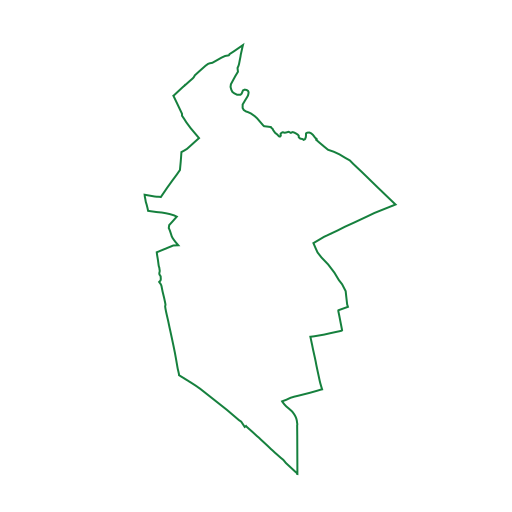 Dornesti, Suceava, Romania (Mercator projection), rotated 194°
{"feature_id": "2599482B65590123395964", "entity_name": "Dornesti", "entity_type": "district", "adm_level": 2, "iso_a3": "ROU", "parent_name": "Romania", "parent_adm1": "Suceava", "projection": "mercator", "projection_center": [26.008, 47.885], "detail": "fine", "context": "isolated", "style": "outline", "palette": "green", "viewbox_px": 512, "rotation_deg": 194, "n_neighbors": 0, "source": "geoboundaries", "source_scale": "gbopen_adm2", "svg_char_len": 4511}
<svg xmlns="http://www.w3.org/2000/svg" viewBox="0 0 512 512"><g transform="rotate(194 256 256)"><path d="M374.9,391.5L368.6,383.9L362.2,376.1L361.7,374.2L358.8,371.6L356.0,368.9L350.3,364.2L339.8,356.6L341.6,354.0L347.2,345.7L348.9,343.2L351.4,340.7L353.5,338.8L352.6,333.7L351.8,328.9L350.6,321.0L351.6,318.4L352.5,316.0L355.5,308.8L358.8,300.5L362.6,290.2L363.8,290.1L364.9,289.9L366.6,289.5L368.8,289.2L373.2,288.9L378.9,288.5L378.2,286.6L377.1,284.3L376.0,281.8L374.6,279.5L373.0,276.5L371.8,274.1L371.6,273.7L363.0,274.6L357.8,275.4L353.5,275.7L349.9,275.8L345.4,275.6L342.4,275.0L345.2,269.6L347.7,265.0L347.4,262.0L346.9,261.4L345.7,259.8L344.5,257.9L343.0,255.5L342.6,254.8L341.3,253.3L339.6,251.8L337.5,250.1L334.7,248.1L334.0,247.6L338.8,246.2L353.2,235.6L352.9,234.8L352.1,232.8L351.4,231.2L350.1,228.2L349.2,225.9L348.5,224.1L347.9,222.7L347.3,221.7L346.9,221.1L346.6,220.2L345.9,218.6L345.7,217.5L345.7,216.2L345.5,215.3L345.1,214.6L344.4,214.0L343.6,213.2L343.2,211.9L342.8,210.6L342.7,209.7L342.8,209.0L343.7,207.4L342.9,206.7L341.7,205.7L340.8,204.6L340.3,203.7L339.7,202.4L338.1,199.0L334.9,192.9L332.9,188.8L332.1,187.0L332.0,186.3L332.0,185.4L331.9,184.9L331.1,183.0L329.8,180.2L328.4,177.4L325.5,171.7L322.6,165.7L321.0,162.5L318.1,156.6L314.2,148.6L311.2,142.3L308.9,137.2L306.6,132.0L305.6,129.7L304.6,127.5L303.3,125.0L302.2,122.8L301.8,121.7L287.5,117.1L283.1,115.6L277.7,113.5L262.6,106.7L247.1,99.7L232.8,92.6L230.3,91.7L227.0,88.7L225.6,87.4L224.6,88.6L224.4,88.4L221.4,86.8L216.2,84.1L211.5,81.5L210.0,80.8L209.0,80.3L207.0,79.1L203.3,77.1L198.4,74.4L195.3,72.6L195.0,72.4L193.0,71.4L191.4,70.5L190.2,69.8L187.6,68.5L183.2,66.2L180.6,65.0L179.9,64.6L177.5,62.8L176.8,62.3L171.9,59.6L165.7,56.2L164.2,55.5L164.1,55.4L163.9,55.3L163.7,55.0L163.4,54.5L163.1,54.5L172.5,91.6L175.1,101.6L175.2,102.8L175.9,104.4L176.5,106.0L177.5,107.9L178.4,109.2L179.5,110.5L180.7,111.7L182.7,113.4L183.9,114.2L187.4,116.0L190.3,117.4L192.6,118.9L193.5,119.6L194.9,120.7L195.5,121.3L191.7,123.9L189.9,125.4L188.0,126.9L185.8,128.2L184.8,128.8L181.1,130.7L170.8,136.2L164.0,140.1L161.0,141.9L159.6,142.6L161.4,145.6L162.9,148.2L164.1,150.5L166.5,155.4L169.3,161.1L170.9,164.4L171.6,165.9L172.5,167.9L174.1,171.2L178.1,179.2L179.9,183.0L183.7,190.8L180.5,192.0L170.9,196.2L165.2,199.1L159.3,202.0L156.8,203.2L155.1,204.1L154.7,204.4L154.5,204.8L158.1,212.5L160.7,218.1L162.3,221.4L162.9,222.7L162.9,223.3L154.5,228.9L155.9,231.2L158.7,238.7L160.5,243.6L165.6,249.4L169.8,252.7L175.9,258.8L184.0,265.3L192.1,270.4L197.1,274.3L199.9,277.8L203.4,282.4L198.0,287.7L194.7,291.0L183.0,300.5L176.8,305.9L168.6,312.4L161.6,318.1L157.3,321.6L151.5,326.4L133.1,339.7L155.1,352.3L174.1,363.4L183.8,368.8L188.0,371.4L189.4,371.8L193.1,372.8L199.6,374.8L203.7,375.6L205.9,376.0L211.8,376.5L216.7,378.8L217.5,379.2L221.6,381.2L225.7,383.3L225.4,384.1L225.9,384.4L227.5,385.2L227.8,385.4L228.4,386.1L229.1,386.5L229.9,387.2L230.6,387.6L232.3,388.4L233.3,388.6L234.3,388.7L236.0,388.1L236.9,387.4L237.1,386.8L236.7,385.3L236.5,383.9L236.4,383.1L236.6,382.3L236.6,381.6L237.0,380.9L238.0,380.2L238.5,380.5L238.9,380.7L239.6,380.7L241.4,380.6L242.5,381.1L243.3,381.7L243.5,382.5L243.7,383.1L244.9,383.9L247.0,384.6L248.7,385.0L250.4,385.1L251.3,384.5L251.7,384.1L252.0,383.9L252.3,383.9L253.3,384.2L254.4,384.4L256.5,383.2L257.6,382.7L258.2,382.5L258.6,382.5L259.1,382.5L259.8,382.6L260.2,382.4L260.9,381.8L261.3,381.3L261.7,380.5L261.5,379.8L261.1,379.0L261.2,378.3L261.6,377.7L262.1,377.6L262.7,377.7L264.9,379.1L265.6,379.4L267.2,380.1L267.8,380.6L269.1,381.7L269.7,382.2L270.4,383.1L270.6,383.3L270.9,383.5L271.8,383.9L272.5,384.4L272.7,384.7L275.6,384.4L279.6,383.9L280.7,384.5L284.5,387.2L288.3,389.9L291.1,391.4L295.5,393.1L298.8,393.7L300.6,393.8L303.2,394.7L304.8,396.4L305.6,399.8L304.2,404.5L303.1,407.9L302.6,409.8L302.6,411.6L302.8,413.1L303.6,414.2L305.2,414.8L307.2,414.7L308.7,413.5L309.2,410.1L310.1,408.7L313.4,407.9L316.5,408.6L318.6,409.5L320.2,411.4L321.6,413.9L321.9,416.6L320.7,421.3L319.5,425.9L318.1,430.4L319.4,434.0L319.0,436.3L318.9,437.9L319.0,439.9L319.2,443.7L319.3,445.7L319.5,447.8L319.6,452.1L319.7,455.4L319.7,457.5L323.4,453.3L327.2,449.0L330.5,445.5L330.6,444.8L331.0,444.1L332.1,443.6L333.3,443.1L334.5,442.5L337.0,440.5L337.7,439.9L342.0,435.8L345.1,432.9L347.5,431.8L349.0,430.8L351.0,428.4L356.0,421.1L359.0,416.6L359.7,414.2L360.5,412.8L362.6,409.8L366.4,404.2L366.5,404.3L366.7,403.9L368.4,401.4L374.7,391.7L374.9,391.5Z" fill="none" stroke="#15803d" stroke-width="2"/></g></svg>